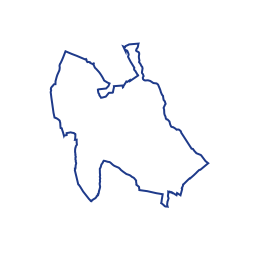 outline of Vadu Moldovei, Suceava, Romania, rotated 203°
{"feature_id": "2599482B82273337818064", "entity_name": "Vadu Moldovei", "entity_type": "district", "adm_level": 2, "iso_a3": "ROU", "parent_name": "Romania", "parent_adm1": "Suceava", "projection": "albers", "projection_center": [26.396, 47.385], "detail": "fine", "context": "isolated", "style": "outline", "palette": "blue", "viewbox_px": 256, "rotation_deg": 203, "n_neighbors": 0, "source": "geoboundaries", "source_scale": "gbopen_adm2", "svg_char_len": 5654}
<svg xmlns="http://www.w3.org/2000/svg" viewBox="0 0 256 256"><g transform="rotate(203 128 128)"><path d="M151.3,209.8L159.6,205.4L160.1,204.8L161.8,202.9L162.2,202.5L162.3,201.5L162.3,201.2L162.6,201.1L163.5,201.2L164.2,201.2L160.0,197.4L160.2,198.0L160.1,198.9L159.4,198.9L158.8,198.7L157.7,197.7L156.2,196.1L156.0,195.5L155.8,193.6L151.5,190.0L145.7,185.9L145.6,185.0L145.4,184.5L144.7,183.8L144.0,183.5L143.2,183.2L142.2,182.3L141.5,181.9L140.7,181.2L139.6,180.7L139.2,180.3L144.5,172.0L145.0,172.8L146.6,170.2L147.7,170.2L147.8,169.2L148.2,166.9L148.6,164.7L148.5,164.3L148.4,163.9L148.5,163.6L148.6,163.4L148.9,163.8L149.6,164.7L149.6,165.0L157.3,161.0L156.9,160.3L156.4,157.6L155.8,154.8L156.0,154.5L156.5,154.2L157.6,153.7L159.2,153.0L159.3,152.9L159.5,152.4L160.1,150.1L160.7,148.2L163.4,146.1L164.3,145.5L164.7,145.3L165.0,145.6L165.4,145.9L165.7,146.1L166.1,146.3L167.1,146.9L167.8,148.0L168.0,148.1L168.5,148.3L168.9,148.7L169.3,149.2L170.2,150.6L170.7,151.6L170.0,152.2L163.6,155.8L162.6,158.4L162.4,158.9L162.4,161.5L162.4,161.8L164.5,161.8L165.1,161.9L167.3,162.2L168.2,162.3L168.4,162.4L168.8,162.6L169.5,163.3L171.4,164.8L172.8,165.8L173.2,166.1L175.2,167.4L176.4,168.1L178.5,169.1L179.0,169.3L180.2,169.9L180.5,170.0L181.4,170.3L181.8,170.5L182.3,170.8L184.2,172.6L184.5,173.0L184.6,173.7L184.7,174.1L184.8,174.1L185.3,173.0L185.8,173.1L187.1,173.1L188.3,173.2L188.9,173.4L188.9,173.6L190.0,173.5L190.8,172.9L191.1,172.8L191.5,173.0L192.4,173.7L192.8,174.5L193.1,174.8L193.6,175.1L194.2,174.4L195.2,174.4L195.8,174.4L203.3,174.4L208.7,174.2L215.5,174.2L215.3,167.7L215.3,164.3L215.4,161.5L215.6,160.4L215.5,159.2L215.4,158.7L215.2,158.2L214.6,157.3L214.2,156.2L213.8,154.8L213.7,154.0L213.8,149.3L213.6,147.0L213.0,142.8L211.9,140.0L212.8,139.6L213.2,139.3L213.4,138.8L213.7,137.5L214.2,136.3L214.4,135.3L214.5,135.0L214.2,133.5L213.5,132.8L213.3,131.6L213.2,130.8L212.3,129.3L210.4,126.0L206.9,120.2L205.4,117.7L202.5,112.9L199.7,108.9L199.0,109.0L198.7,109.0L198.4,108.9L197.7,109.1L197.1,108.9L196.6,108.9L195.3,108.6L194.0,108.2L193.6,107.9L193.4,107.6L193.1,107.1L192.4,106.3L190.9,103.2L190.0,101.6L189.8,101.6L189.3,101.8L189.0,101.9L188.8,101.8L188.0,100.7L186.1,98.6L183.9,95.8L183.9,96.0L181.7,97.5L182.5,99.3L179.1,101.6L177.6,101.8L176.0,102.2L175.3,102.1L174.8,101.8L174.2,101.9L174.0,101.7L173.9,101.5L173.8,101.1L173.4,100.3L172.3,97.0L172.2,96.4L170.7,97.2L170.1,95.7L169.8,95.1L169.6,94.5L169.3,94.2L169.0,93.5L168.8,93.2L168.5,92.6L168.6,92.3L168.8,91.3L168.9,90.8L168.8,90.4L168.6,89.6L168.7,88.9L168.4,88.3L168.4,87.9L167.3,85.1L166.8,84.5L166.6,84.1L166.2,83.2L165.9,82.9L165.9,82.5L165.6,82.1L165.3,81.6L164.7,81.0L164.7,80.9L164.8,80.1L164.2,78.9L164.1,78.4L163.4,77.7L163.2,77.4L163.0,76.6L162.8,76.3L162.5,76.1L162.3,75.9L162.0,75.4L161.8,74.9L161.7,73.7L161.6,73.3L161.2,72.0L160.7,70.8L160.7,70.5L160.6,70.1L161.0,69.9L160.7,69.4L160.4,68.3L159.5,67.1L151.8,56.7L151.4,56.5L151.0,56.5L150.3,56.0L149.4,55.5L144.5,52.0L136.5,47.6L135.7,47.2L135.1,47.0L133.6,46.2L133.3,46.2L133.0,46.3L133.0,46.8L133.0,47.3L132.4,48.0L132.2,48.5L131.4,49.6L130.9,50.2L130.7,50.6L130.6,51.0L130.2,51.6L130.2,52.5L130.2,52.9L130.2,53.0L129.8,53.4L129.8,53.5L129.9,53.8L129.5,54.1L129.5,54.5L129.4,54.6L129.5,54.8L129.4,55.0L129.5,55.1L129.8,55.3L129.9,55.5L129.7,55.8L129.6,56.1L129.5,56.5L130.0,58.3L130.4,61.6L130.6,62.6L130.7,63.0L131.0,63.5L131.2,63.8L132.0,65.0L132.3,65.8L132.5,66.0L132.7,67.6L132.8,67.9L133.6,69.2L133.7,69.5L133.8,70.3L133.8,70.6L134.3,71.3L134.7,71.8L134.9,72.0L135.0,72.7L135.1,73.3L135.3,73.8L135.8,74.7L136.3,75.6L137.2,77.7L138.0,79.4L138.0,79.8L137.8,80.8L138.0,82.6L138.2,83.7L138.2,84.2L138.0,84.7L137.8,85.7L137.7,86.8L137.7,87.8L137.5,88.4L136.0,88.7L133.3,89.0L131.9,89.4L131.3,89.4L130.1,89.1L127.9,88.3L126.3,87.9L125.3,87.8L121.6,87.8L121.0,87.8L119.3,87.2L118.1,86.6L115.5,85.9L112.3,85.2L111.5,85.0L109.1,85.2L108.0,85.2L107.1,85.1L105.0,84.5L103.9,84.5L102.9,84.3L100.0,82.8L99.9,82.4L99.2,81.1L98.5,80.1L98.3,79.3L98.1,79.0L97.8,78.9L97.4,78.9L96.2,78.5L95.7,78.4L95.4,78.3L94.8,78.0L94.4,77.3L94.2,76.8L93.8,76.3L93.3,75.3L85.5,77.4L76.3,79.1L70.2,80.6L69.7,78.6L68.8,74.8L68.4,73.5L68.1,71.8L67.5,71.8L66.5,71.4L65.3,71.1L64.3,70.7L63.9,70.5L63.5,70.4L62.3,70.5L61.6,70.9L60.8,71.1L61.3,71.7L62.1,72.9L62.5,74.3L62.6,74.8L62.8,75.2L62.9,75.7L62.9,76.4L63.0,77.5L63.1,78.6L63.2,79.2L63.5,79.5L64.4,80.6L64.7,81.0L65.3,83.3L66.1,85.2L64.5,85.2L64.5,85.7L62.1,85.5L62.2,85.9L57.1,85.1L57.4,87.3L54.4,86.8L53.4,86.6L54.3,93.1L54.8,93.3L55.0,93.5L55.0,94.6L54.8,95.1L54.8,95.4L54.8,95.6L55.0,97.0L55.2,97.4L55.1,97.7L54.9,97.7L54.8,98.1L52.4,104.0L51.4,106.1L51.2,106.3L51.0,106.1L49.1,110.0L48.1,112.3L47.5,113.7L47.4,114.1L46.1,117.1L46.0,117.3L45.1,117.8L40.4,126.9L43.7,127.8L50.1,131.5L50.9,131.6L55.3,131.5L55.7,131.8L57.6,132.6L60.1,134.1L61.4,133.8L76.6,144.1L77.0,144.3L77.4,144.8L77.7,145.2L78.4,145.8L80.5,146.4L81.6,146.1L82.6,145.4L83.9,145.9L86.6,146.4L87.8,146.1L88.9,146.2L90.6,147.8L92.4,150.2L95.0,151.3L96.0,151.0L96.9,151.6L98.0,153.2L99.5,154.5L100.4,155.8L101.3,157.7L102.1,159.3L103.1,160.4L103.0,164.2L102.8,164.9L103.6,165.8L104.5,166.9L106.2,167.8L107.2,169.3L108.3,171.2L109.7,171.9L111.5,173.6L113.5,176.0L117.3,179.7L119.1,180.2L122.2,179.3L125.9,180.0L128.3,179.7L130.9,178.4L132.1,178.4L133.3,178.9L134.0,180.0L134.1,180.5L133.9,181.9L134.5,182.5L135.2,183.3L136.5,184.0L136.9,184.6L137.9,188.6L138.8,189.8L140.0,190.4L141.3,191.6L143.6,193.0L143.8,194.5L145.4,196.9L146.1,198.4L146.5,200.2L147.0,201.3L147.9,202.0L150.3,202.1L150.9,202.6L151.0,204.1L150.6,205.8L150.8,207.7L151.2,208.8L151.3,209.8Z" fill="none" stroke="#1e3a8a" stroke-width="2"/></g></svg>